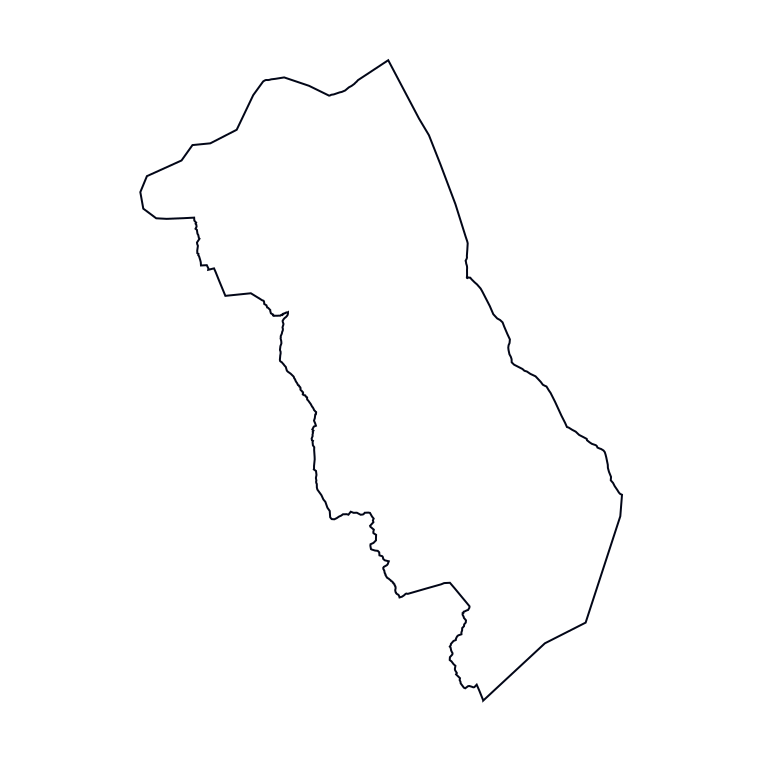 Sagil, Uvs, Mongolia (orthographic projection), rotated 266°
{"feature_id": "93677404B63603373870282", "entity_name": "Sagil", "entity_type": "district", "adm_level": 2, "iso_a3": "MNG", "parent_name": "Mongolia", "parent_adm1": "Uvs", "projection": "orthographic", "projection_center": [91.136, 50.315], "detail": "fine", "context": "isolated", "style": "outline", "palette": "ink", "viewbox_px": 768, "rotation_deg": 266, "n_neighbors": 0, "source": "geoboundaries", "source_scale": "gbopen_adm2", "svg_char_len": 6097}
<svg xmlns="http://www.w3.org/2000/svg" viewBox="0 0 768 768"><g transform="rotate(266 384 384)"><path d="M256.9,613.7L257.9,611.9L259.4,610.7L261.9,609.4L266.0,607.0L269.3,605.6L272.1,603.5L275.5,604.0L280.7,602.3L284.7,601.5L287.8,601.6L295.3,600.6L298.1,600.1L300.6,599.5L302.4,598.3L304.1,595.9L304.6,594.6L305.7,592.5L307.2,592.0L308.2,591.0L309.8,587.2L311.5,585.0L313.7,582.6L315.1,582.4L316.8,579.7L319.6,575.1L323.1,571.9L325.2,568.5L327.7,565.1L328.3,563.5L332.7,561.9L340.0,558.8L354.3,553.4L363.6,549.5L366.1,548.0L370.2,545.9L371.0,544.3L372.2,542.4L375.2,540.5L381.1,535.7L383.9,530.7L386.5,527.4L387.4,525.0L389.3,523.2L394.2,515.1L396.7,512.9L399.9,513.0L402.3,512.4L404.9,511.2L409.2,510.6L411.6,510.5L414.0,511.0L416.1,512.1L419.7,512.7L425.1,510.6L432.9,507.9L437.2,506.6L439.7,504.3L441.5,501.5L446.0,497.9L454.3,495.0L469.0,488.7L472.4,487.1L476.8,483.8L479.2,481.4L482.4,478.6L484.0,477.5L484.0,477.0L484.3,476.2L484.4,475.7L484.3,475.3L484.0,475.0L483.8,474.5L483.9,474.3L484.3,474.1L484.8,474.1L485.4,474.3L487.5,474.5L492.4,474.8L493.9,475.0L495.7,475.0L497.2,474.7L498.3,474.4L500.1,474.3L501.2,474.0L503.2,475.2L504.4,475.6L506.0,475.6L512.3,476.5L518.5,477.3L520.4,477.0L525.4,475.7L558.4,467.8L598.9,455.7L629.0,446.2L646.2,437.5L706.7,410.8L688.9,379.2L687.3,377.6L686.8,376.8L685.5,375.4L683.6,372.4L682.4,369.7L679.5,365.7L678.3,362.2L678.0,360.1L676.4,354.1L676.2,351.6L675.6,350.2L675.5,349.3L686.7,330.0L696.8,305.8L696.0,296.9L695.8,292.8L695.4,290.8L695.3,289.6L695.5,287.5L695.2,286.4L694.3,284.6L681.3,273.7L647.9,254.8L636.2,227.5L635.7,209.6L621.1,197.6L607.9,162.0L592.4,154.3L575.7,156.1L571.0,161.6L565.2,168.3L563.9,178.8L563.4,195.5L563.2,206.2L560.2,206.2L558.0,207.9L557.0,207.2L555.9,207.9L554.0,208.0L552.0,206.8L550.8,208.1L546.9,208.4L545.6,209.1L542.6,209.5L541.8,210.1L538.2,207.3L536.7,207.4L534.8,208.0L530.2,207.0L527.5,206.9L526.7,208.0L525.4,207.7L524.4,208.4L520.5,209.3L518.3,209.7L515.0,209.7L514.9,215.5L511.5,216.9L510.2,216.6L511.2,222.5L507.3,223.9L498.9,226.6L483.0,231.9L483.8,257.5L477.0,267.0L476.2,268.0L475.4,269.7L474.3,270.1L472.2,270.1L470.7,272.2L468.5,272.8L468.1,273.7L465.7,275.7L464.9,275.6L462.4,276.1L461.7,277.1L461.0,278.2L460.6,278.0L460.2,278.0L459.6,278.9L459.7,280.0L459.4,285.3L459.9,285.9L460.1,286.5L459.8,287.1L459.9,287.3L460.5,287.6L460.3,287.8L460.8,288.2L460.8,288.5L461.1,288.7L461.1,289.0L461.5,289.5L461.5,289.9L461.6,290.5L461.9,290.8L461.9,291.1L462.2,291.6L462.2,292.5L462.1,292.9L462.2,293.0L462.3,293.2L460.9,293.1L459.5,292.6L458.5,291.8L457.5,290.7L456.9,289.7L455.8,288.5L454.1,287.3L453.2,287.3L451.0,287.9L450.4,287.8L449.8,287.6L448.1,286.9L447.5,286.7L446.9,286.8L445.9,287.0L444.3,286.7L443.2,286.1L441.4,285.6L438.9,284.3L437.6,284.3L436.9,284.0L434.0,284.5L432.0,284.5L431.4,284.4L429.0,283.3L425.3,282.6L424.7,282.7L423.4,283.1L421.7,283.0L419.7,282.5L415.3,281.8L414.1,282.0L413.5,282.6L412.6,283.8L411.6,284.4L410.7,285.2L409.5,285.9L407.9,287.2L404.2,288.0L403.1,288.8L400.8,291.6L397.9,294.2L397.4,294.5L395.8,294.9L395.5,295.2L394.6,295.7L393.5,295.9L392.7,296.4L392.1,296.6L390.7,297.5L389.1,298.0L388.8,298.3L388.7,298.7L388.6,298.9L387.9,299.3L387.4,299.3L387.0,299.9L386.4,300.3L385.6,300.5L385.0,300.2L384.1,300.3L383.3,300.9L383.0,301.4L382.0,301.9L381.6,302.5L380.8,302.7L380.4,302.7L379.6,302.2L379.3,302.2L379.0,302.5L378.7,303.2L378.3,303.6L378.2,303.9L378.1,304.7L377.4,305.0L376.6,305.4L376.2,306.2L375.8,306.4L374.4,306.2L373.7,306.4L373.0,307.1L368.8,309.7L368.1,309.9L367.7,310.2L366.5,310.6L366.0,311.1L365.3,311.5L364.4,311.9L363.7,312.2L362.9,312.4L362.0,313.2L361.1,313.8L360.8,314.3L360.1,314.3L358.5,313.9L358.4,313.3L354.8,312.6L352.3,311.6L349.5,312.6L347.1,313.2L346.4,311.0L343.6,309.3L342.4,310.4L341.2,309.5L340.4,309.8L338.2,309.1L337.1,309.2L334.6,308.0L332.9,308.2L332.2,309.2L331.2,308.7L327.8,308.8L325.8,310.0L323.0,309.7L316.2,309.7L313.6,309.6L307.2,308.5L304.5,308.3L303.7,308.0L302.0,310.1L298.0,310.3L295.0,309.5L292.4,309.8L291.4,309.5L290.2,309.5L288.9,310.0L285.4,309.8L283.3,310.2L277.5,313.8L273.0,315.5L270.5,317.3L264.6,318.9L261.1,321.0L254.9,321.0L253.9,321.6L252.9,322.4L252.5,325.0L253.5,327.5L254.9,329.9L255.7,332.1L256.9,334.0L256.7,337.8L256.1,339.4L258.9,341.9L257.6,344.7L257.5,347.9L255.2,351.6L255.3,353.9L256.0,355.0L256.9,355.8L256.8,359.4L256.4,361.0L252.6,362.8L250.5,364.3L248.7,363.4L246.9,363.8L243.5,360.2L242.5,360.5L239.4,363.7L237.1,363.0L235.9,363.1L234.1,365.6L230.5,365.2L228.6,365.1L226.2,362.4L225.1,359.4L223.6,359.1L220.2,359.5L219.8,360.1L218.5,363.4L218.0,366.1L216.4,367.5L213.4,367.5L212.3,370.3L211.4,370.8L209.6,371.0L208.1,372.4L206.8,376.4L203.8,375.0L203.0,374.1L201.6,371.1L200.6,370.4L199.3,370.5L198.7,370.9L198.2,371.0L197.7,371.3L196.1,371.4L195.7,371.6L195.1,371.6L194.1,372.2L193.8,372.1L193.4,372.3L193.1,372.2L191.3,373.2L190.8,373.3L189.9,374.4L189.6,375.0L188.6,375.9L187.8,376.9L186.9,377.4L186.6,378.1L185.6,379.0L185.2,379.0L185.1,379.3L184.9,379.4L184.6,379.7L184.2,379.7L183.6,380.4L182.9,380.4L182.4,380.8L181.8,380.9L181.6,381.1L181.1,381.1L180.7,381.4L179.7,381.3L179.1,381.3L177.7,380.8L175.7,381.0L175.2,381.2L175.0,381.5L174.3,381.6L173.6,382.3L172.7,383.7L171.4,384.3L170.0,384.6L170.6,387.2L171.9,389.4L172.9,390.6L173.4,391.6L173.0,393.1L177.1,412.2L180.2,427.1L181.2,430.1L181.1,435.9L175.3,440.2L156.3,453.8L154.9,453.6L152.7,452.1L152.4,450.8L151.4,448.3L151.3,447.6L150.0,447.2L150.0,446.5L148.3,446.3L146.4,447.2L145.1,447.4L142.5,449.3L140.3,448.9L138.6,447.2L136.8,446.9L135.1,445.0L132.6,444.7L130.9,443.9L128.9,443.8L128.1,440.6L127.1,439.3L124.9,438.0L123.6,437.8L122.8,435.4L120.0,432.6L119.0,432.5L117.4,431.3L116.6,432.0L113.5,432.4L111.9,433.0L110.7,433.6L109.4,433.3L106.9,430.7L104.1,430.3L103.3,431.1L102.7,431.9L99.6,433.9L97.9,435.6L94.7,434.8L93.4,435.0L90.6,436.5L89.3,435.6L85.2,439.3L83.4,438.8L81.7,439.5L80.0,439.6L75.5,442.5L74.8,443.8L76.7,446.8L76.8,448.0L75.9,450.4L75.2,451.9L75.3,453.0L77.6,455.5L71.4,457.7L61.5,460.9L61.3,460.9L114.1,526.4L131.9,568.5L235.6,610.5L256.9,613.7Z" fill="none" stroke="#020617" stroke-width="2"/></g></svg>